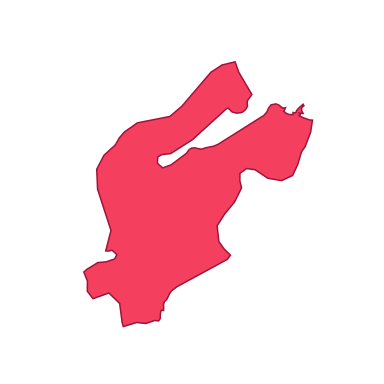 outline of Kocaeli, rotated 150°
{"feature_id": "TUR-2266", "entity_name": "Kocaeli", "entity_type": "Province", "adm_level": 1, "iso_a3": "TUR", "parent_name": "Turkey", "parent_adm1": "", "projection": "natural_earth1", "projection_center": [29.739, 40.883], "detail": "fine", "context": "isolated", "style": "filled", "palette": "rose", "viewbox_px": 384, "rotation_deg": 150, "n_neighbors": 0, "source": "natural_earth", "source_scale": "10m", "svg_char_len": 1728}
<svg xmlns="http://www.w3.org/2000/svg" viewBox="0 0 384 384"><g transform="rotate(150 192 192)"><path d="M195.1,116.0L252.4,117.5L258.9,116.6L262.2,115.2L267.5,111.6L270.6,110.8L272.7,109.2L274.4,105.9L275.9,103.6L277.7,105.0L280.1,102.6L282.9,98.2L285.4,97.0L288.4,99.3L297.7,101.2L305.3,106.7L318.8,109.8L317.7,114.1L310.4,131.6L314.5,146.1L331.1,149.1L332.3,158.4L327.1,167.2L325.7,176.8L321.6,177.6L308.9,178.0L301.6,174.6L292.5,172.7L288.4,175.3L290.3,181.5L293.4,182.4L296.2,184.1L281.4,199.2L272.4,241.6L263.1,259.4L249.9,267.8L234.9,271.1L227.9,275.2L220.5,277.8L204.7,279.2L173.4,268.5L157.8,271.4L115.7,286.3L102.5,287.0L89.6,283.2L91.6,272.2L91.4,246.7L91.5,246.7L93.5,245.4L96.4,244.3L98.9,242.9L100.0,240.8L100.9,238.7L103.0,237.2L105.6,236.3L108.0,235.9L110.3,236.3L114.0,238.0L117.3,241.3L118.8,246.7L121.3,246.7L165.3,237.1L191.2,235.9L199.5,239.5L204.2,239.4L207.6,234.1L205.3,227.5L196.5,226.0L178.1,228.2L176.5,228.7L174.9,229.5L172.9,230.2L170.4,230.2L167.7,229.0L163.2,225.0L161.8,224.2L158.1,223.5L150.1,220.8L145.5,220.3L91.5,222.4L87.3,223.8L83.7,226.4L79.9,228.0L75.2,226.3L73.3,223.9L72.3,221.2L71.2,219.1L68.9,218.3L69.8,217.7L70.3,217.1L71.0,216.6L72.1,216.2L71.2,213.3L69.8,211.3L68.0,209.8L65.8,208.6L64.8,210.4L62.7,208.6L60.8,210.2L58.1,211.2L51.9,212.5L51.9,210.7L54.1,210.4L55.6,209.3L56.4,207.3L56.5,204.5L58.7,205.9L59.6,206.6L59.4,205.4L59.6,204.8L60.2,204.5L61.1,204.5L58.6,200.8L54.1,195.6L51.7,194.0L59.5,184.3L71.4,174.7L77.1,172.0L86.6,163.0L96.6,156.0L108.6,157.0L119.4,165.9L126.3,179.8L133.0,185.0L141.1,184.2L145.0,177.7L147.0,170.8L160.2,162.0L174.8,156.6L187.2,150.1L193.5,135.7L192.7,126.7L190.3,118.0L195.1,116.0Z" fill="#f43f5e" stroke="#9f1239" stroke-width="1.5"/></g></svg>